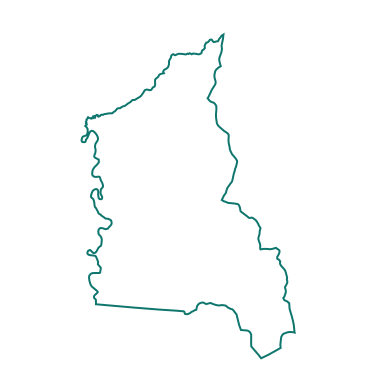 the district of Centinela del Condor, Zamora Chinchipe, Ecuador, rotated 185°
{"feature_id": "8360857B40845623315832", "entity_name": "Centinela del Condor", "entity_type": "district", "adm_level": 2, "iso_a3": "ECU", "parent_name": "Ecuador", "parent_adm1": "Zamora Chinchipe", "projection": "robinson", "projection_center": [-78.739, -3.948], "detail": "fine", "context": "isolated", "style": "outline", "palette": "teal", "viewbox_px": 384, "rotation_deg": 185, "n_neighbors": 0, "source": "geoboundaries", "source_scale": "gbopen_adm2", "svg_char_len": 6032}
<svg xmlns="http://www.w3.org/2000/svg" viewBox="0 0 384 384"><g transform="rotate(185 192 192)"><path d="M278.3,76.0L277.9,71.8L242.4,71.8L215.1,72.0L197.2,72.4L189.9,72.4L189.3,72.1L188.4,70.0L187.5,69.8L186.0,69.9L184.9,70.3L183.3,71.3L181.9,72.6L180.8,73.2L178.7,74.6L177.5,75.0L177.0,78.7L176.1,80.4L175.4,81.2L174.6,81.8L172.5,82.7L171.6,82.9L171.1,82.8L168.1,81.6L163.8,83.1L161.6,82.3L158.6,81.6L156.4,81.3L155.2,81.3L152.1,82.0L148.6,81.8L146.1,80.0L143.2,78.9L141.5,78.6L140.3,77.6L139.9,77.0L137.0,74.0L133.4,63.5L131.2,58.8L124.8,58.8L123.6,58.4L122.4,57.7L121.7,57.0L120.7,55.2L120.5,54.1L119.9,46.4L119.5,43.3L112.0,36.0L108.6,32.4L101.9,36.4L90.1,44.4L90.7,47.8L90.5,54.4L90.4,55.6L89.2,58.1L88.3,58.8L84.8,60.5L82.2,61.1L78.5,61.1L77.5,60.9L77.8,62.0L78.9,67.9L79.9,71.5L81.5,76.2L84.6,84.1L85.5,89.8L86.4,90.2L87.2,91.1L90.5,92.3L91.7,94.0L91.8,94.4L91.3,95.0L90.7,96.3L89.8,100.2L90.0,102.2L91.0,104.9L90.9,105.9L90.2,107.1L89.2,109.9L89.3,111.4L89.9,113.3L89.8,115.1L91.6,120.1L92.4,121.9L93.5,123.2L96.9,126.4L97.9,127.9L98.2,128.9L98.1,130.6L98.5,131.1L99.6,132.2L101.1,132.8L101.4,133.4L101.5,134.1L101.4,134.8L100.1,137.7L99.7,139.2L99.6,140.5L99.9,141.4L100.7,142.1L102.9,143.2L103.4,143.7L107.4,142.2L109.3,141.8L112.4,141.8L115.5,141.6L118.7,140.8L119.2,141.7L119.4,145.1L119.9,146.5L121.8,150.7L121.8,152.5L121.1,155.9L121.1,159.3L120.6,162.0L122.0,163.8L124.0,167.1L126.1,169.6L129.5,171.6L130.6,171.6L132.2,171.2L133.2,171.3L135.4,172.9L141.5,176.7L142.1,177.4L142.8,180.4L143.8,182.5L144.6,183.5L145.4,183.9L147.9,184.2L155.1,184.3L158.2,185.3L159.6,185.6L161.6,186.6L160.0,190.9L159.0,192.7L158.2,194.0L157.6,197.4L157.1,199.1L154.6,203.5L153.6,204.9L152.9,206.4L151.9,214.3L151.4,216.1L151.0,219.2L150.4,220.8L149.7,225.4L149.8,227.0L151.4,229.2L155.6,233.4L157.6,236.9L158.1,238.2L158.3,239.5L159.9,244.8L160.2,247.3L160.3,250.9L160.6,252.5L162.0,253.8L165.3,255.6L169.6,258.7L171.4,260.1L172.5,261.4L173.3,263.0L174.6,268.6L174.9,271.8L174.9,276.2L175.1,278.1L175.2,279.5L175.8,280.5L176.7,281.7L178.2,282.9L180.7,283.4L182.5,284.5L184.6,286.8L184.0,287.8L183.2,289.9L181.3,295.3L178.3,301.1L178.0,302.1L178.1,304.1L179.5,307.9L179.9,310.4L179.5,313.8L179.1,315.1L178.5,316.1L176.3,318.4L174.3,319.8L175.6,323.1L176.5,326.4L176.3,328.5L174.9,333.7L174.7,335.6L174.7,337.5L175.3,340.4L174.5,347.2L174.4,351.6L176.3,350.1L177.0,348.6L178.3,346.9L179.2,344.5L181.2,344.0L182.2,343.6L182.7,343.3L183.2,343.2L184.5,344.0L185.5,345.4L186.1,345.6L187.1,345.3L187.6,345.0L188.1,344.0L189.3,342.6L189.7,342.3L190.7,342.1L191.5,340.8L192.2,338.5L191.7,336.6L192.8,334.9L194.0,334.1L194.3,333.6L194.7,331.4L194.9,331.0L196.5,330.0L197.5,329.7L200.4,330.0L202.6,330.0L203.3,329.9L204.3,329.2L205.7,329.8L206.6,330.0L207.4,329.2L208.7,329.4L210.0,328.5L213.8,328.7L216.6,328.6L218.0,328.3L220.6,326.8L221.3,326.9L222.3,327.6L222.8,327.6L224.0,326.8L224.5,325.9L224.8,323.9L226.2,320.9L226.3,320.1L226.1,317.1L226.3,315.8L226.7,314.4L227.8,313.0L230.0,311.5L230.8,310.7L231.2,309.2L231.1,308.7L230.6,308.4L230.3,307.9L233.4,306.9L234.5,306.2L235.0,305.6L235.5,304.2L236.2,303.2L237.7,301.9L238.4,301.0L238.6,300.4L238.1,296.0L238.3,294.3L238.6,293.7L240.2,292.6L241.5,290.2L242.2,289.9L243.4,289.7L244.8,290.1L246.5,290.0L247.7,289.4L248.1,289.0L249.1,286.8L250.9,283.7L251.9,282.5L257.1,278.7L258.8,278.6L259.6,278.2L261.1,276.3L263.1,274.9L266.3,272.0L268.8,271.0L270.1,270.0L270.9,269.2L272.4,269.1L273.2,268.8L274.1,268.1L274.3,267.7L275.7,265.8L277.0,264.9L278.1,263.6L279.0,263.3L280.2,263.4L281.2,263.0L282.9,262.9L283.9,262.4L286.2,261.9L287.4,261.1L288.2,261.3L289.0,260.9L289.4,260.9L289.8,260.6L290.2,259.7L291.8,258.9L292.2,259.1L292.3,260.1L293.6,260.5L294.6,259.5L295.4,259.3L294.9,258.4L295.0,257.7L295.9,257.9L296.2,257.4L297.1,258.3L297.5,256.9L298.2,257.1L298.8,256.3L299.6,256.5L300.3,256.9L301.3,256.9L302.1,257.4L302.4,256.9L302.4,256.1L303.4,255.1L303.2,254.2L303.8,252.8L303.2,251.8L303.6,251.2L302.9,250.7L302.7,250.1L303.0,249.6L303.4,249.4L304.1,248.5L302.7,247.4L301.6,245.9L301.3,244.3L301.1,242.7L301.6,240.1L302.3,239.1L305.5,237.7L305.9,237.0L306.2,236.3L306.5,234.7L306.5,233.6L306.0,232.6L305.2,232.2L303.3,232.3L302.7,232.6L302.4,233.2L302.2,234.8L301.0,236.7L299.4,241.8L298.7,243.2L297.5,244.2L296.4,244.2L295.5,243.9L294.1,242.9L292.2,241.0L291.0,239.1L290.4,237.7L290.3,236.2L290.7,234.6L291.9,232.5L292.4,231.4L292.5,230.4L292.6,229.4L292.4,227.8L291.6,225.3L291.8,221.9L292.3,220.9L292.5,219.7L292.5,218.7L292.1,218.2L291.1,217.5L287.8,216.2L287.6,215.3L287.4,213.5L289.0,210.9L291.2,208.4L292.4,206.3L292.9,204.9L293.1,201.7L292.8,200.4L291.5,199.0L290.0,198.6L288.6,198.7L286.0,199.2L285.3,198.9L284.6,197.8L284.3,196.6L283.8,195.7L282.1,193.0L281.2,190.7L281.2,189.3L283.0,186.6L283.1,183.8L282.8,182.1L281.1,179.4L281.0,178.2L281.3,177.2L281.8,176.9L283.5,176.9L284.5,177.9L285.3,181.2L285.4,183.6L285.7,185.2L286.2,185.9L287.4,186.6L288.7,186.4L290.7,184.9L291.3,183.7L291.9,181.7L292.2,180.2L292.2,178.4L291.7,177.7L289.7,176.3L288.6,173.7L287.7,169.3L287.1,168.3L286.4,167.8L284.0,164.2L283.4,162.8L282.4,162.0L281.1,161.6L280.9,161.2L279.5,160.2L278.1,159.5L276.2,158.2L275.4,158.0L273.3,158.0L271.3,157.3L270.1,156.6L269.4,154.7L269.4,153.1L269.8,152.1L272.0,149.3L272.6,148.2L274.9,147.4L277.7,148.1L279.3,148.2L280.1,148.1L281.3,147.1L281.7,146.3L281.9,145.4L281.9,144.5L281.4,142.2L280.7,141.3L279.2,139.9L278.6,139.1L277.8,137.2L277.7,136.3L277.7,132.2L278.0,130.6L279.9,128.8L280.6,127.8L281.7,125.0L282.7,123.4L283.6,122.8L285.1,122.7L288.2,125.2L288.7,125.3L289.2,125.1L290.5,124.1L290.9,122.7L290.9,121.9L290.5,121.2L289.4,120.4L287.7,120.2L284.1,120.1L283.1,120.0L282.3,119.6L281.3,118.0L279.6,114.6L279.4,113.7L279.5,111.9L279.1,111.4L276.5,108.9L276.2,108.2L276.5,103.9L276.9,103.3L283.8,102.6L285.4,101.9L287.0,99.8L287.1,98.9L287.1,97.6L286.3,94.1L285.0,91.0L283.6,89.1L278.3,85.4L277.3,84.5L277.2,84.2L277.4,83.4L279.8,80.9L280.3,80.1L280.5,79.1L280.4,78.2L279.8,77.4L278.9,76.9L278.3,76.0Z" fill="none" stroke="#0f766e" stroke-width="2"/></g></svg>